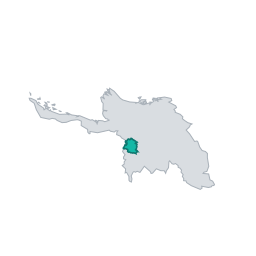 location of Langkho, Shan, Myanmar, rotated 118°
{"feature_id": "60261553B57199101523672", "entity_name": "Langkho", "entity_type": "district", "adm_level": 2, "iso_a3": "MMR", "parent_name": "Myanmar", "parent_adm1": "Shan", "projection": "albers", "projection_center": [98.032, 20.27], "detail": "fine", "context": "in_parent", "style": "filled", "palette": "teal", "viewbox_px": 256, "rotation_deg": 118, "n_neighbors": 0, "source": "geoboundaries", "source_scale": "gbopen_adm2", "svg_char_len": 6842}
<svg xmlns="http://www.w3.org/2000/svg" viewBox="0 0 256 256"><g transform="rotate(118 128 128)"><path d="M163.9,115.5L161.5,114.4L159.7,115.5L157.0,115.1L157.3,117.5L155.8,118.3L153.0,118.1L151.4,121.7L145.7,122.6L142.0,122.0L139.9,125.2L139.8,128.8L138.8,131.0L139.2,134.9L136.7,135.9L135.3,135.6L136.1,137.4L138.0,138.2L139.1,142.1L138.7,143.6L146.5,152.7L148.9,159.9L150.8,158.9L151.3,159.6L150.6,161.5L148.2,163.0L147.8,170.5L143.9,172.4L144.0,174.9L144.5,176.7L148.0,181.7L151.9,185.1L154.2,188.7L154.6,194.1L154.1,196.3L155.1,199.5L157.2,201.6L159.6,210.0L154.9,217.5L150.2,222.4L149.6,227.5L148.1,229.2L147.3,227.6L147.0,222.2L149.3,218.8L150.0,212.1L151.4,210.7L150.7,210.1L148.8,210.5L149.5,205.2L148.4,205.0L149.3,203.8L148.1,194.9L144.5,188.6L144.0,185.9L143.5,189.5L143.0,188.8L142.9,183.9L140.9,178.4L141.1,178.0L142.0,178.4L141.1,177.2L140.4,177.5L139.8,176.2L138.7,164.9L137.4,163.3L137.9,158.5L138.9,157.2L135.2,157.7L133.5,153.6L133.3,151.4L129.7,148.0L130.3,149.1L129.6,150.2L130.2,152.1L128.7,155.6L127.2,157.2L125.1,157.9L123.5,156.8L123.2,155.0L122.6,154.9L124.0,158.5L117.9,161.5L117.0,163.6L113.9,166.4L112.9,166.0L113.5,162.2L111.6,165.2L109.1,165.2L108.6,161.2L107.6,163.5L106.1,164.2L106.7,157.5L106.2,159.5L103.8,162.1L101.5,162.9L102.1,157.4L105.4,148.7L105.7,145.8L104.2,138.7L101.6,132.8L102.4,132.7L100.6,131.0L100.4,126.6L99.3,128.1L99.1,130.9L96.8,129.4L94.7,125.5L95.6,125.2L98.1,127.1L99.6,126.1L100.0,124.9L96.0,121.1L97.1,119.6L95.7,119.6L92.3,117.7L91.4,118.0L91.8,119.6L91.0,120.0L89.8,117.6L90.8,116.4L89.9,116.3L90.5,114.2L90.2,113.9L88.5,116.7L87.6,116.0L88.7,114.6L88.3,113.7L86.9,112.0L86.9,115.0L83.5,110.2L81.7,103.8L83.3,102.2L86.0,104.2L86.0,96.3L87.2,94.7L90.0,96.2L90.9,94.2L92.0,93.7L91.4,88.3L92.4,84.8L94.3,84.3L94.8,81.5L95.2,77.7L94.4,73.4L96.1,74.5L98.0,74.2L102.5,75.7L104.3,70.8L108.6,62.9L107.1,61.0L107.4,59.9L111.2,55.7L113.1,52.0L112.4,48.6L113.2,45.9L116.6,44.2L123.9,38.7L129.3,38.0L131.4,40.2L132.9,40.4L130.7,35.2L135.3,31.3L135.2,28.3L137.3,25.1L138.5,25.2L139.6,26.8L140.8,26.8L142.8,29.1L144.8,35.6L146.3,34.4L148.3,35.4L149.2,45.0L148.7,50.6L147.5,51.9L148.4,54.2L146.5,55.0L145.2,57.3L143.3,57.4L142.0,60.5L140.0,61.0L139.0,63.4L139.2,65.2L137.6,66.2L137.1,69.4L138.5,70.6L138.9,72.3L137.4,75.8L138.7,76.0L144.0,73.6L147.8,74.0L150.3,73.5L148.7,75.9L150.3,79.0L150.7,83.8L156.3,85.1L157.3,86.3L156.0,87.8L154.1,95.6L161.6,96.6L161.9,99.6L163.5,100.6L163.7,102.3L164.7,102.8L168.8,102.7L171.1,100.6L174.1,99.6L174.3,101.3L173.7,102.6L170.4,104.4L168.1,108.0L168.0,108.8L169.0,109.4L165.2,110.9L163.9,115.5ZM97.0,123.5L99.4,125.0L98.9,126.1L97.4,126.1L96.3,124.2L97.0,123.5ZM145.2,200.2L146.9,202.5L145.3,204.0L145.2,200.2ZM96.5,133.2L95.3,132.3L94.4,131.1L97.1,131.2L96.5,133.2ZM147.6,209.8L147.6,212.7L146.6,212.4L146.0,210.0L147.6,209.8ZM105.1,162.9L103.4,164.8L103.2,163.2L105.5,160.9L105.1,162.9ZM137.3,160.7L136.3,160.2L136.2,158.4L137.0,157.9L137.6,158.8L137.3,160.7ZM144.3,213.4L144.0,212.4L145.1,210.1L144.9,212.1L144.3,213.4ZM143.7,218.9L145.1,221.1L144.8,221.5L143.5,219.8L142.7,219.9L143.7,218.9ZM148.5,208.1L147.0,208.8L146.9,206.7L148.5,208.1ZM145.1,229.0L143.1,230.9L143.4,229.9L145.1,229.0ZM89.3,117.9L89.9,120.3L88.8,117.4L89.3,117.9ZM145.3,195.6L145.2,197.4L144.7,194.4L145.3,195.6ZM94.8,119.7L95.0,121.3L94.0,119.1L94.8,119.7ZM143.3,206.0L142.2,205.1L142.6,204.5L143.2,204.6L143.3,206.0ZM142.6,203.4L141.9,204.6L141.2,203.9L141.7,203.3L142.6,203.4ZM142.7,210.6L142.7,211.7L141.9,209.2L142.7,210.6ZM107.6,165.2L106.9,165.2L107.9,164.0L108.0,164.4L107.6,165.2ZM147.8,219.1L147.1,218.9L147.6,217.7L147.8,219.1Z" fill="#d9dde1" stroke="#a8b0b8" stroke-width="1"/><path d="M140.4,123.9L140.6,123.9L140.8,123.9L141.0,123.8L141.3,123.7L141.6,123.6L141.6,123.4L141.6,123.2L141.8,123.2L141.8,123.3L141.9,123.2L142.0,123.2L142.3,123.1L142.3,122.9L142.2,122.8L142.2,122.7L142.1,122.4L142.2,122.2L142.2,121.9L142.2,121.7L142.3,121.4L142.2,121.4L142.3,121.3L142.3,121.2L142.4,121.4L142.5,121.4L142.7,121.5L142.8,121.5L143.0,121.7L143.3,121.6L143.5,121.7L143.7,121.9L143.8,121.8L143.8,122.0L144.0,122.2L144.1,122.3L144.2,122.2L144.3,122.2L144.3,122.3L144.3,122.6L144.4,122.8L144.5,122.8L144.6,122.7L144.9,122.7L145.0,122.7L145.3,122.6L145.5,122.6L145.8,122.6L146.0,122.5L146.3,122.6L146.6,122.6L146.8,122.6L147.1,122.4L147.3,122.4L147.5,122.6L147.7,122.8L147.8,122.8L147.8,122.7L147.9,122.4L148.0,122.4L148.3,122.3L148.3,122.1L148.2,121.8L148.1,121.7L147.9,121.5L147.8,121.4L147.9,121.0L147.7,120.9L147.5,120.7L147.4,120.5L147.3,120.4L147.2,120.2L147.2,119.9L147.2,119.7L147.2,119.3L147.3,119.2L147.2,118.9L147.1,118.6L147.1,118.4L147.1,118.2L147.3,118.0L147.5,117.9L147.7,117.7L147.8,117.6L148.0,117.7L148.4,117.5L148.5,117.4L148.9,117.2L149.0,117.2L149.0,116.8L149.0,116.6L149.0,116.4L149.1,116.2L148.9,115.8L148.6,115.6L148.6,115.3L148.5,115.2L148.5,114.8L148.6,114.6L148.6,114.4L148.6,114.0L148.6,113.9L148.4,113.8L148.3,113.5L148.3,113.3L148.2,113.2L148.1,112.9L148.0,112.5L148.0,112.4L147.9,112.4L147.7,112.0L147.5,111.8L147.5,111.7L147.5,111.4L147.3,111.3L147.2,111.2L147.1,110.8L147.0,110.5L147.1,110.4L147.0,110.1L147.0,109.8L147.0,109.7L146.9,109.4L146.9,109.0L146.7,109.2L146.5,109.3L146.3,109.2L146.1,109.1L145.8,109.1L145.6,109.1L145.4,109.1L145.2,108.9L145.1,109.0L144.8,109.0L144.7,108.9L144.3,108.7L144.2,108.4L144.1,108.7L144.0,108.8L144.0,109.0L143.8,109.3L143.7,109.3L143.6,109.5L143.7,109.8L143.7,110.0L143.8,110.1L143.7,110.2L143.6,110.5L143.6,110.8L143.7,111.0L143.4,111.2L143.2,111.0L143.0,110.9L142.4,110.9L142.1,111.0L141.8,111.1L141.7,111.1L141.4,111.1L141.1,111.2L140.9,111.2L140.6,111.3L140.3,111.3L140.2,111.5L140.2,111.8L139.9,111.9L139.8,112.0L139.5,112.2L139.4,112.2L139.2,112.2L138.9,112.2L138.8,112.3L138.7,112.4L138.4,112.3L138.3,112.5L138.2,112.6L138.3,112.8L138.3,113.0L138.2,113.4L138.2,113.5L138.2,113.8L138.2,114.1L138.2,114.3L137.8,114.3L137.7,114.2L137.1,113.8L137.1,113.7L136.8,113.5L136.7,113.4L136.7,113.5L136.4,113.6L136.5,113.7L136.5,113.8L136.4,113.9L136.4,114.0L136.4,114.3L136.3,114.5L136.2,114.6L136.1,114.9L136.1,115.0L136.0,115.3L136.1,115.6L136.0,115.8L136.1,116.0L136.0,116.3L136.1,116.5L136.1,116.9L136.0,117.0L135.9,117.0L135.9,117.4L135.9,117.5L136.0,117.6L136.0,117.8L135.9,118.0L136.0,118.5L135.9,118.7L135.8,118.8L135.7,118.9L135.7,119.1L135.6,119.4L135.5,119.5L135.5,119.9L135.5,120.0L135.9,120.2L136.0,120.3L136.0,120.5L136.4,120.4L136.5,120.4L136.8,120.3L137.0,120.5L136.9,120.7L137.0,120.8L137.1,121.0L137.4,121.0L137.5,121.0L137.5,121.3L137.4,121.4L137.3,121.7L137.3,121.8L137.3,122.0L137.4,122.3L137.5,122.3L137.7,122.5L137.8,122.7L137.9,122.8L138.1,122.8L138.3,122.8L138.5,122.9L138.8,123.0L139.0,123.0L139.2,122.9L139.3,122.8L139.5,122.9L139.6,123.0L139.8,123.1L140.0,123.0L140.3,123.1L140.4,123.3L140.3,123.5L140.4,123.8L140.4,123.9Z" fill="#14b8a6" stroke="#0f766e" stroke-width="1.5"/></g></svg>